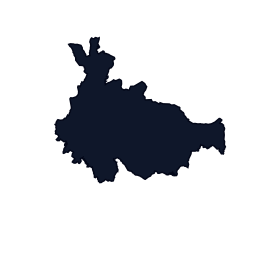 Lashio, Shan, Myanmar, rotated 302°
{"feature_id": "60261553B9019752921327", "entity_name": "Lashio", "entity_type": "district", "adm_level": 2, "iso_a3": "MMR", "parent_name": "Myanmar", "parent_adm1": "Shan", "projection": "orthographic", "projection_center": [98.2, 22.767], "detail": "fine", "context": "isolated", "style": "filled", "palette": "ink", "viewbox_px": 256, "rotation_deg": 302, "n_neighbors": 0, "source": "geoboundaries", "source_scale": "gbopen_adm2", "svg_char_len": 5797}
<svg xmlns="http://www.w3.org/2000/svg" viewBox="0 0 256 256"><g transform="rotate(302 128 128)"><path d="M80.2,73.4L79.9,74.7L80.9,76.4L82.8,76.7L82.4,80.9L83.1,81.9L83.9,82.2L83.9,82.8L82.4,83.3L82.8,84.4L82.2,85.0L81.1,84.8L81.7,83.3L81.6,83.0L80.6,83.0L79.6,83.6L79.1,85.1L76.9,84.7L76.0,84.9L75.2,85.5L73.7,85.6L72.4,86.4L72.4,86.8L73.3,87.5L74.8,87.9L75.6,90.0L77.2,90.3L77.5,90.0L78.5,90.7L78.7,94.3L78.5,94.7L77.0,94.5L74.4,95.4L73.9,99.0L73.0,99.3L71.4,98.8L69.7,98.8L69.6,100.3L70.1,101.6L70.8,102.3L72.2,102.7L72.8,103.6L72.1,104.6L72.1,105.3L72.8,105.7L74.9,105.8L76.9,104.0L79.0,105.2L78.1,105.4L78.1,106.2L77.6,106.6L77.8,107.1L78.1,106.9L78.4,107.1L78.4,107.6L77.4,107.5L77.6,108.9L76.8,109.1L76.4,109.8L77.0,110.3L75.8,110.6L76.2,111.5L75.5,111.7L75.5,112.5L76.3,112.4L76.5,112.9L75.7,113.5L75.7,113.9L74.8,114.1L74.9,113.6L74.4,113.5L74.0,113.6L74.2,114.1L74.0,114.3L73.6,114.3L74.1,115.1L75.0,115.7L75.4,116.6L75.3,117.7L76.0,118.3L73.5,120.7L72.2,122.5L71.6,122.7L70.2,124.5L68.5,125.6L68.6,126.6L70.1,127.2L70.0,127.7L69.8,128.5L68.5,129.6L67.8,131.0L67.1,131.4L67.4,132.0L66.8,133.1L67.8,134.3L68.8,134.6L70.5,135.7L71.8,135.9L72.6,136.4L72.5,139.2L73.5,139.4L74.3,142.4L75.4,143.5L78.2,142.7L79.2,142.7L79.5,141.8L80.1,141.7L84.7,141.6L85.4,141.9L85.5,142.2L86.5,141.5L86.6,141.9L87.3,141.5L88.8,139.3L89.2,139.4L89.1,138.8L89.8,138.8L92.0,136.7L92.9,136.6L92.5,135.7L93.0,135.2L93.2,134.1L92.9,133.5L93.4,132.6L94.3,132.2L94.6,133.3L96.7,134.1L97.3,134.7L97.5,135.1L97.2,135.7L97.4,137.3L97.0,139.2L96.4,139.3L96.5,140.7L95.4,142.5L95.3,144.6L92.2,150.4L92.6,152.7L93.2,153.2L93.1,154.4L92.5,155.7L92.8,157.1L92.3,157.8L92.2,159.3L93.1,161.0L93.8,164.3L93.6,165.0L93.8,166.5L93.5,167.3L93.5,169.2L93.7,169.8L97.3,171.2L99.2,172.5L101.4,172.5L103.5,174.1L104.6,174.0L105.4,173.4L105.7,173.5L106.3,175.3L106.2,176.3L105.5,177.2L106.0,178.3L108.1,180.0L108.7,180.9L109.1,184.8L108.8,185.1L109.2,186.2L110.0,187.2L110.7,187.0L111.3,188.4L111.7,188.0L111.7,189.4L112.5,188.2L113.6,188.9L113.6,189.4L114.0,189.4L113.6,189.8L113.1,189.3L112.7,189.9L113.8,190.8L113.3,191.3L112.9,191.0L112.1,191.2L112.7,191.7L112.2,191.7L111.9,192.2L113.4,194.3L113.9,194.3L113.9,193.8L114.5,194.2L115.2,194.0L116.4,192.5L118.6,191.9L120.2,192.4L122.3,192.4L123.7,192.8L125.7,195.1L125.7,196.5L126.2,197.4L126.2,199.7L129.2,198.6L131.4,196.2L132.8,196.4L133.7,195.8L138.9,195.2L140.5,194.7L141.3,193.7L142.5,194.7L144.1,197.3L144.9,197.7L145.6,199.5L146.0,199.8L146.7,199.5L147.1,198.7L148.8,199.5L152.4,198.6L152.3,199.6L153.1,201.4L151.7,201.8L151.6,202.4L152.9,203.6L152.8,204.6L153.2,205.3L152.6,205.7L152.5,206.1L152.9,206.5L153.7,206.5L153.8,207.1L154.7,207.0L155.1,207.5L155.8,207.5L156.4,208.2L157.3,207.9L158.0,208.7L158.4,210.5L157.7,213.1L157.9,213.6L157.4,214.3L157.7,215.2L158.9,216.2L157.4,217.4L157.0,217.4L156.3,219.7L155.7,220.5L155.7,221.1L156.1,221.5L156.5,222.6L157.2,222.5L158.3,221.3L159.3,221.6L159.9,220.4L161.2,221.0L161.6,221.0L162.1,220.4L163.6,220.6L164.8,218.6L167.8,217.0L168.9,215.4L173.0,213.3L175.0,211.8L175.8,211.0L177.9,210.5L178.9,210.0L179.6,208.9L179.6,208.3L181.0,207.5L181.4,205.1L180.8,204.4L180.7,203.3L183.0,203.1L183.8,203.5L184.5,203.2L184.7,200.9L184.3,200.3L179.2,198.7L175.8,196.6L173.5,194.1L172.7,191.8L171.1,190.3L171.0,189.4L170.3,188.6L170.1,187.5L168.4,185.1L167.5,182.8L166.1,180.7L166.0,175.3L167.3,175.0L167.4,174.5L166.9,173.8L167.5,171.7L168.2,170.6L168.3,169.0L169.8,167.7L170.4,166.6L170.1,165.6L170.5,165.1L170.8,162.2L172.7,161.1L172.8,160.3L172.5,159.9L172.1,154.9L170.4,152.8L170.2,150.3L167.1,145.0L166.4,141.8L165.3,142.1L164.8,141.5L164.6,137.3L163.3,135.5L163.1,134.6L164.3,132.7L161.2,128.2L161.1,127.6L161.4,127.1L163.1,126.1L163.7,123.8L164.8,122.5L165.7,122.7L166.1,122.4L167.9,122.4L169.5,122.6L172.9,121.9L173.4,120.5L174.5,118.6L174.7,115.3L166.6,111.0L164.8,108.3L162.5,108.5L161.7,108.9L160.7,108.7L160.2,107.7L160.1,106.6L159.5,105.5L158.1,104.5L157.9,101.8L159.2,100.1L161.9,99.2L164.5,97.4L164.8,96.5L164.7,94.8L161.8,92.8L161.4,92.1L161.1,90.2L160.2,90.1L157.0,88.4L155.9,87.3L152.9,85.8L154.0,85.2L154.0,84.7L154.7,84.2L156.2,84.7L156.0,83.7L156.5,83.1L158.0,83.1L158.2,83.3L158.2,83.8L159.5,84.2L160.6,84.1L161.2,83.6L160.4,82.9L160.3,82.4L165.7,81.4L166.7,80.8L168.8,80.6L170.2,81.8L173.2,82.1L174.7,81.5L177.3,79.2L179.3,80.1L179.9,79.9L180.6,79.0L180.0,73.6L180.2,72.9L179.4,69.4L178.6,68.4L180.1,67.2L180.2,66.6L179.8,65.9L178.8,66.0L178.6,65.4L177.9,64.9L175.4,64.0L175.4,62.4L176.5,61.8L176.5,60.8L177.7,59.8L178.4,59.6L179.6,60.4L180.2,60.0L180.5,59.1L181.1,58.9L181.4,59.5L181.1,60.9L181.6,60.9L183.4,57.6L188.0,56.4L189.2,55.7L188.1,55.0L187.6,52.8L187.3,52.3L185.7,52.1L185.2,51.1L185.0,49.4L183.3,49.3L180.7,50.1L180.0,51.3L178.2,52.8L175.8,53.8L175.1,54.5L173.6,54.6L173.0,55.1L171.8,55.3L169.2,57.3L168.1,56.1L166.8,55.3L166.8,53.8L168.0,53.0L168.5,51.6L169.7,50.0L170.3,47.7L171.9,46.5L173.1,44.3L172.0,40.7L170.6,38.6L170.3,37.3L168.8,34.5L167.5,33.4L166.5,35.5L166.4,36.8L165.7,38.5L164.1,40.8L163.1,41.3L162.5,42.9L161.3,43.7L160.2,46.2L157.8,47.8L155.5,53.7L156.9,56.1L157.1,57.8L156.8,58.5L155.9,59.1L155.8,60.0L155.4,60.5L152.9,60.8L152.6,61.2L152.2,63.8L152.5,64.9L148.0,65.7L145.8,65.6L144.9,66.1L143.9,66.0L142.7,65.3L142.5,64.5L141.8,64.8L140.7,64.6L140.0,65.1L137.8,65.5L137.8,64.3L137.0,63.4L135.8,63.9L133.0,66.7L130.5,68.0L129.2,68.0L127.1,67.6L125.3,66.2L124.0,65.0L123.2,63.4L122.6,63.3L121.9,63.4L115.8,68.9L114.3,69.8L111.8,69.8L111.3,70.4L109.5,70.5L107.6,71.1L106.9,70.9L107.0,70.0L103.4,70.3L102.7,69.2L100.2,68.5L98.6,66.4L97.9,64.2L97.3,64.0L94.7,64.1L94.3,64.8L92.8,64.6L92.6,64.3L92.3,64.3L92.0,65.8L90.1,66.7L89.3,67.7L88.2,68.2L86.9,68.1L86.1,69.0L84.8,69.5L84.7,70.1L85.2,71.4L84.6,73.3L83.5,74.0L80.2,73.4Z" fill="#0f172a" stroke="#020617" stroke-width="1.5"/></g></svg>